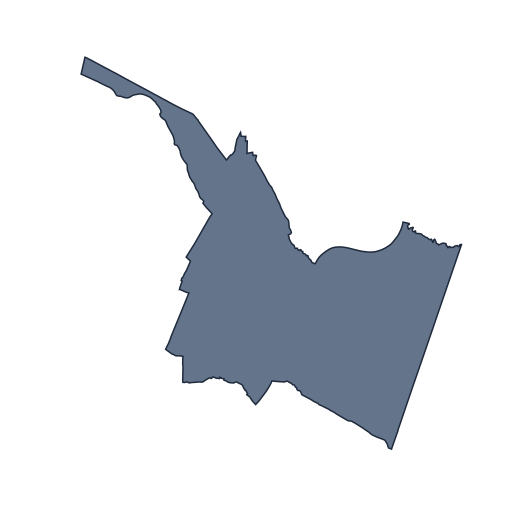 the district of Pak Kret, Nonthaburi, Thailand, rotated 9°
{"feature_id": "78962969B33148689371757", "entity_name": "Pak Kret", "entity_type": "district", "adm_level": 2, "iso_a3": "THA", "parent_name": "Thailand", "parent_adm1": "Nonthaburi", "projection": "equal_earth", "projection_center": [100.484, 13.936], "detail": "fine", "context": "isolated", "style": "filled", "palette": "slate", "viewbox_px": 512, "rotation_deg": 9, "n_neighbors": 0, "source": "geoboundaries", "source_scale": "gbopen_adm2", "svg_char_len": 6079}
<svg xmlns="http://www.w3.org/2000/svg" viewBox="0 0 512 512"><g transform="rotate(9 256 256)"><path d="M203.5,392.2L204.8,392.2L208.0,391.1L209.4,391.8L210.0,391.8L212.4,391.0L216.0,390.2L219.3,389.3L221.9,389.1L223.0,388.8L223.5,388.5L225.7,386.3L229.2,383.6L229.7,383.4L230.5,384.0L231.2,383.8L232.4,382.1L234.7,382.6L236.0,383.0L237.0,382.7L238.8,382.9L239.1,381.4L239.3,381.4L240.3,381.6L240.3,382.1L243.7,382.4L243.6,383.4L243.7,383.6L246.5,384.2L248.1,385.0L249.9,385.2L250.9,385.2L253.4,385.0L254.5,384.5L256.0,383.5L256.7,383.4L257.9,384.0L261.7,385.1L262.4,385.5L263.1,386.2L264.9,388.9L265.7,389.5L265.9,390.1L266.5,390.0L269.1,393.1L269.2,393.5L268.6,394.1L268.6,394.5L272.0,396.3L274.8,399.5L278.9,402.8L281.2,399.4L282.9,396.4L287.1,388.4L288.5,385.2L290.2,380.8L290.9,378.5L291.3,376.9L294.8,376.8L303.7,376.0L304.9,375.4L305.7,374.8L306.3,374.7L307.2,375.0L309.1,375.8L310.9,376.3L312.5,377.5L313.5,377.3L314.0,377.4L315.6,379.4L316.4,379.6L316.7,379.8L317.3,381.3L318.1,382.1L318.7,382.3L320.2,382.2L320.9,382.6L322.2,384.4L322.7,385.5L323.1,385.9L332.2,389.0L336.1,390.7L340.3,391.9L341.5,393.0L342.7,393.2L351.6,395.9L353.6,396.9L356.8,397.9L362.5,400.4L371.3,403.8L373.3,404.4L374.8,404.2L376.2,404.2L380.2,405.7L388.2,409.1L392.9,411.4L395.0,412.3L396.2,413.2L398.8,414.5L401.6,415.3L403.1,415.8L410.8,417.4L412.2,417.9L412.6,418.2L414.0,420.0L415.2,421.4L415.9,423.1L416.9,424.7L417.5,425.1L419.0,425.2L420.1,425.6L420.3,424.0L423.4,407.0L423.6,405.8L423.5,405.5L430.3,366.0L437.1,327.7L457.2,212.5L456.5,212.6L455.6,213.0L455.5,213.5L455.6,214.7L455.4,214.9L454.6,215.0L454.1,214.7L453.6,214.2L453.3,214.2L450.8,215.1L450.5,215.3L449.8,216.4L449.5,216.7L448.3,216.6L447.2,217.2L446.0,216.4L445.4,216.3L445.1,216.6L444.8,217.5L444.5,217.8L444.2,217.8L444.0,217.6L443.4,216.4L442.6,216.2L442.3,215.9L442.1,215.7L442.1,214.9L441.9,214.4L441.6,214.1L441.2,214.0L439.4,213.9L438.0,214.3L437.1,214.8L435.7,215.9L434.8,216.5L433.8,215.7L432.7,215.6L432.3,215.4L430.5,212.1L429.8,211.5L429.5,211.6L429.2,212.0L429.0,212.9L428.9,214.4L428.7,214.8L428.1,214.6L427.0,212.4L426.6,212.0L426.2,212.0L425.3,212.7L424.8,212.7L422.1,211.1L420.6,210.9L419.1,210.1L417.3,209.6L416.2,208.6L415.9,208.4L414.9,208.4L413.3,208.3L411.2,208.6L410.5,208.6L410.2,208.4L410.1,208.2L409.8,206.6L409.4,206.3L409.0,206.4L408.3,207.5L408.0,207.6L407.7,207.5L406.6,206.5L406.3,206.0L406.4,205.1L406.9,203.8L406.9,203.4L406.7,203.2L406.2,203.2L404.7,204.0L404.0,204.2L402.8,205.5L402.6,205.6L402.3,205.6L402.0,205.3L401.7,204.0L401.1,203.0L401.0,202.6L401.1,202.1L402.4,200.8L402.5,200.4L402.3,200.1L401.9,199.9L399.6,199.7L395.9,199.5L395.9,200.9L395.7,203.6L395.4,205.4L394.9,207.7L393.6,212.0L392.9,213.9L391.6,216.3L388.8,221.2L387.2,223.5L385.7,225.0L382.7,227.7L379.7,229.8L376.5,231.6L373.4,233.0L370.0,234.0L367.4,234.4L365.6,234.6L359.1,234.8L346.1,233.7L342.0,233.6L339.3,233.7L336.4,234.1L332.6,235.0L330.0,236.1L327.5,237.7L324.6,240.2L321.7,243.2L319.7,245.7L318.5,247.5L317.1,250.5L315.7,254.4L312.3,253.7L310.7,251.4L308.9,250.3L308.1,249.6L307.8,249.0L307.5,248.1L307.3,247.6L306.9,247.5L305.9,247.9L305.7,247.7L305.1,246.9L304.7,246.6L304.0,246.3L302.7,246.2L302.0,246.0L301.7,245.6L301.7,244.7L301.6,244.3L301.4,244.2L300.2,244.0L299.6,243.1L299.2,242.8L298.8,242.8L298.5,242.9L298.2,243.7L297.9,243.8L296.4,243.2L295.7,242.0L295.4,241.8L295.2,241.8L294.3,242.4L293.5,242.3L293.2,242.0L292.6,240.8L291.6,239.3L290.6,239.0L289.1,237.8L288.5,237.2L286.1,233.9L285.9,233.2L285.6,232.0L285.1,231.4L284.9,230.9L284.7,230.1L286.3,229.1L287.2,227.8L287.3,227.3L286.0,224.8L284.5,223.1L283.2,217.9L282.3,215.6L281.6,214.9L279.1,212.8L278.2,211.7L273.0,204.4L272.5,203.4L271.0,200.6L268.0,196.6L264.9,191.5L262.7,188.8L260.8,185.8L260.2,185.2L258.9,184.3L255.6,180.5L252.0,175.5L245.0,166.9L240.7,161.8L240.5,161.5L240.5,161.1L240.8,156.7L239.5,156.5L238.1,157.1L237.6,157.3L237.4,157.0L236.4,154.1L231.0,156.1L230.7,153.3L230.4,151.1L229.8,147.3L229.8,146.2L229.3,143.7L227.8,144.4L227.2,141.1L227.5,140.9L227.1,139.4L226.3,139.7L222.4,140.0L222.2,138.7L221.4,136.3L220.8,137.8L220.3,139.9L218.9,143.8L218.5,152.0L218.6,155.3L218.5,155.7L217.0,158.8L216.0,160.1L215.8,160.2L215.3,160.1L214.5,161.1L211.8,165.8L200.7,155.2L195.8,150.0L180.9,134.7L178.0,131.7L177.3,130.6L176.2,129.9L171.6,125.8L170.2,125.3L159.3,122.2L146.5,117.9L142.4,116.3L140.6,115.8L132.7,112.9L130.6,112.3L126.1,110.6L98.5,101.0L90.9,98.2L84.3,96.0L81.1,94.8L76.5,93.3L58.1,86.9L56.0,86.4L54.8,103.7L71.0,108.2L73.0,108.6L73.7,109.0L75.2,109.5L82.3,111.7L85.2,112.4L87.1,113.3L88.9,114.5L90.2,115.6L90.6,116.2L91.2,116.7L92.1,118.0L93.3,119.2L93.8,119.4L96.0,119.6L97.1,119.4L101.6,120.1L103.7,120.1L104.9,119.7L106.4,119.0L109.0,116.7L110.3,116.0L115.8,114.1L117.5,114.0L118.9,114.0L120.9,114.3L123.0,114.8L126.7,115.8L132.8,119.8L133.8,121.2L136.3,123.4L138.5,126.0L138.9,126.7L139.5,128.0L139.8,129.1L139.7,129.5L138.9,130.5L138.8,130.9L139.7,132.8L141.4,134.3L145.0,136.1L145.6,136.7L148.6,141.6L154.9,149.7L156.6,152.9L157.2,154.5L157.7,156.4L157.7,157.9L158.0,158.5L158.5,158.9L160.7,159.1L162.8,161.3L164.5,163.9L165.6,167.0L166.3,168.5L167.1,169.7L168.4,171.4L170.3,173.5L173.5,176.4L173.9,177.4L174.8,182.0L176.5,184.9L177.5,187.2L178.4,188.7L180.3,190.9L181.0,191.9L182.6,193.2L183.5,194.2L184.6,195.9L185.8,198.5L188.1,201.0L189.4,202.9L190.0,203.9L190.8,205.8L191.4,206.7L192.5,207.8L194.6,209.0L195.6,209.8L195.8,210.2L195.9,210.5L195.3,211.9L195.3,212.2L199.9,216.3L205.3,220.5L206.0,221.2L204.9,223.4L203.8,226.0L193.7,252.7L187.2,268.0L192.1,271.3L189.5,281.3L188.1,284.6L187.7,286.4L187.0,288.7L186.2,289.4L185.9,291.9L186.9,292.1L187.0,292.4L185.8,298.8L185.6,301.1L185.9,301.0L186.6,301.1L192.7,302.7L195.4,303.0L194.7,306.5L193.8,310.3L191.4,320.6L188.3,333.6L184.7,348.9L184.4,351.0L183.1,356.5L181.8,360.5L181.4,362.4L188.3,365.9L190.3,366.3L191.9,367.0L193.0,367.1L194.8,366.7L197.2,366.5L198.6,366.5L199.7,366.7L199.7,369.0L200.2,371.8L200.3,373.4L201.0,376.0L201.3,377.2L202.2,384.4L202.5,385.7L203.0,390.1L203.5,392.2Z" fill="#64748b" stroke="#1e293b" stroke-width="1.5"/></g></svg>